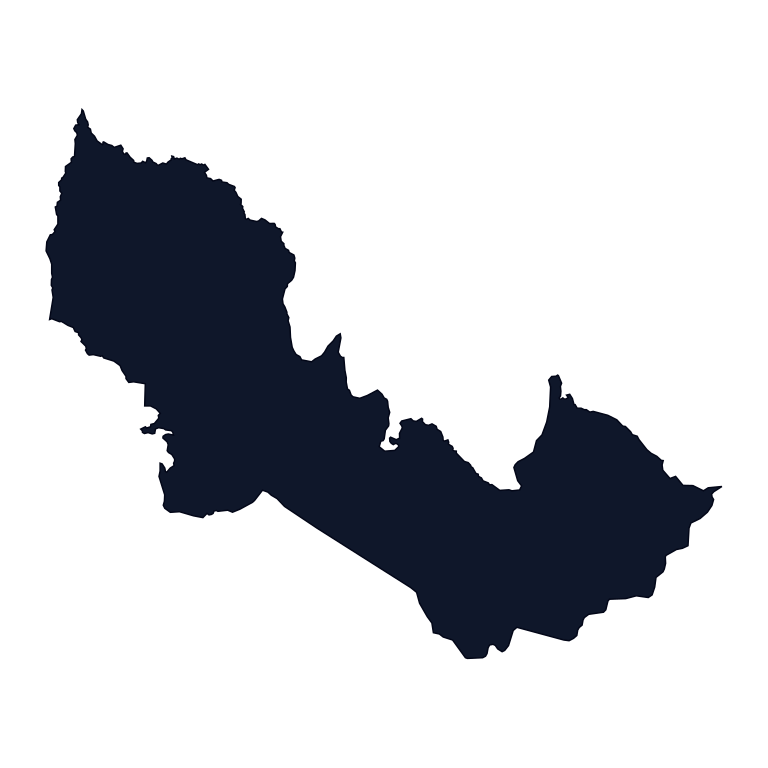 Motanasela, Berea, Lesotho (Mercator projection)
{"feature_id": "5366337B76858512274815", "entity_name": "Motanasela", "entity_type": "district", "adm_level": 2, "iso_a3": "LSO", "parent_name": "Lesotho", "parent_adm1": "Berea", "projection": "mercator", "projection_center": [27.805, -29.252], "detail": "fine", "context": "isolated", "style": "filled", "palette": "ink", "viewbox_px": 768, "rotation_deg": 0, "n_neighbors": 0, "source": "geoboundaries", "source_scale": "gbopen_adm2", "svg_char_len": 6055}
<svg xmlns="http://www.w3.org/2000/svg" viewBox="0 0 768 768"><path d="M489.6,645.0L493.0,644.3L495.3,645.4L497.7,648.9L502.1,651.7L504.7,650.4L508.5,645.6L513.2,630.5L516.9,627.3L563.8,640.0L569.1,640.7L573.6,638.3L576.8,635.5L577.7,630.1L579.2,627.5L582.1,625.1L583.0,620.1L584.3,617.6L588.7,614.3L603.5,612.2L605.8,609.8L607.9,601.1L609.4,599.2L625.7,598.6L636.3,595.8L648.3,597.5L652.1,594.9L654.7,587.1L656.0,577.4L663.0,571.8L664.3,569.0L665.6,563.4L665.3,556.9L666.0,555.4L676.4,549.5L682.4,548.3L688.0,545.7L689.0,528.2L690.9,523.0L700.1,518.5L707.4,512.2L711.9,505.5L713.6,499.5L712.1,497.1L711.6,494.1L713.8,491.7L721.9,486.5L708.2,487.8L703.5,490.8L692.9,485.6L683.0,485.4L675.6,476.4L670.0,478.5L662.8,470.2L662.1,464.9L663.2,460.6L661.3,460.4L656.8,456.3L651.1,453.3L646.9,449.7L638.9,439.5L637.2,436.2L632.3,434.7L630.6,431.7L625.4,426.5L622.7,426.1L616.8,419.8L607.8,415.3L593.2,411.4L589.8,412.1L586.4,409.7L584.3,409.7L581.1,408.2L577.2,408.2L575.1,404.6L574.0,404.6L572.4,398.5L569.7,394.3L566.5,395.1L568.3,397.6L565.8,399.0L564.6,399.2L562.8,397.9L561.0,399.2L559.7,399.1L559.2,397.9L560.5,396.0L560.9,391.3L560.4,386.3L561.6,383.2L558.4,375.6L557.6,375.1L556.1,376.2L551.7,376.5L548.7,380.1L550.6,387.0L549.7,406.9L546.7,422.0L542.0,434.9L536.5,440.6L533.5,452.0L524.5,458.4L518.1,461.7L515.2,464.7L513.9,467.5L517.7,480.7L521.6,485.9L519.6,490.0L511.9,490.8L509.0,489.8L499.8,490.4L491.9,484.6L489.5,484.8L488.3,482.9L483.1,480.9L481.4,477.9L478.5,476.4L478.2,474.2L475.9,473.4L472.7,467.7L471.2,466.9L470.6,465.2L468.2,462.6L464.4,461.5L456.3,453.1L456.3,451.1L453.9,450.9L452.6,449.8L453.1,448.3L452.2,446.4L448.4,444.2L448.7,442.2L447.9,439.9L444.3,441.2L443.1,440.1L442.9,437.0L440.7,431.5L437.1,429.3L436.2,426.3L432.0,423.9L428.6,425.3L425.4,424.7L422.4,421.6L422.6,419.1L421.6,418.3L416.3,421.4L413.2,420.9L410.9,418.7L401.7,421.0L400.0,423.3L401.8,426.0L402.3,427.9L399.5,433.4L399.6,438.1L396.3,439.7L390.6,437.2L389.6,438.2L389.9,441.5L391.3,443.3L393.3,444.6L395.2,443.5L396.9,443.7L398.7,445.3L398.6,446.7L394.8,450.4L384.7,451.2L379.2,446.7L380.8,441.2L383.1,440.6L384.2,438.8L385.4,430.2L388.6,425.9L388.9,423.7L388.2,417.8L389.7,412.3L388.2,407.4L387.6,401.3L386.7,399.3L384.2,398.0L382.0,394.2L377.5,390.1L367.3,395.5L359.8,398.3L353.0,396.8L351.1,395.0L349.4,390.3L347.5,389.0L346.2,382.1L346.3,377.8L344.9,370.4L343.8,357.5L342.3,357.5L340.4,356.2L338.2,352.2L340.9,337.9L340.2,333.8L336.4,336.1L333.2,340.9L328.0,346.1L324.6,352.1L321.6,355.8L315.2,359.0L311.6,361.8L301.6,359.9L299.9,356.6L296.1,354.5L293.9,351.0L292.2,347.3L290.5,337.4L290.0,327.0L288.1,320.8L288.8,317.6L286.9,313.9L286.9,312.2L284.9,307.0L283.0,303.8L282.4,299.0L285.0,288.9L287.3,286.5L287.5,283.7L291.6,280.3L293.5,277.3L295.0,270.6L295.4,262.8L294.3,260.9L294.8,258.1L293.9,255.0L289.2,252.5L288.5,250.3L285.1,248.4L283.8,245.2L283.9,243.7L281.2,241.2L280.5,236.7L282.7,232.2L281.5,232.0L279.9,228.7L278.4,228.7L275.6,226.9L275.1,224.4L274.2,223.4L269.5,223.5L265.0,219.9L261.5,218.4L258.6,221.0L256.6,221.5L250.1,220.1L248.2,218.4L246.4,219.4L245.3,218.5L244.9,214.4L243.8,213.1L244.3,211.9L242.5,208.3L242.8,206.6L240.5,204.2L241.1,203.4L241.2,199.2L237.8,196.5L235.9,192.3L234.2,190.3L235.1,187.6L234.4,186.5L228.6,184.3L227.0,182.7L222.0,182.0L221.5,180.3L219.1,179.4L213.0,181.0L210.6,178.6L206.9,177.9L206.4,175.3L204.5,172.3L208.5,169.3L204.9,164.4L203.5,165.1L201.6,164.0L200.1,164.7L198.7,163.9L197.5,164.7L186.0,159.8L184.9,157.8L182.0,158.8L180.3,158.3L179.2,159.3L176.9,158.1L174.4,159.0L173.6,156.6L171.8,156.1L172.2,158.0L171.2,158.8L171.1,160.0L168.1,162.0L166.4,164.1L162.8,163.0L158.6,165.2L157.4,165.1L156.2,163.6L152.9,162.0L152.0,160.3L149.1,157.7L147.3,158.0L146.7,161.0L145.6,162.8L142.7,161.3L141.1,163.0L137.1,163.4L134.0,162.3L133.6,160.4L130.1,157.2L127.0,152.9L126.0,153.0L125.6,154.3L123.6,153.8L122.4,151.4L123.1,148.8L120.8,145.2L114.2,147.4L111.8,145.5L108.0,144.5L103.7,141.9L103.0,142.2L102.9,144.4L102.3,144.7L97.1,140.9L94.5,136.2L91.2,133.0L90.4,129.1L87.7,127.3L88.2,124.8L87.6,121.9L85.7,119.2L83.3,111.0L82.0,109.6L81.4,113.8L77.3,119.7L77.7,122.5L78.9,124.7L75.7,125.1L73.8,128.6L74.9,130.9L76.7,132.6L77.4,135.2L74.9,139.5L75.3,143.6L74.5,156.5L72.7,157.0L71.1,158.8L71.4,162.3L65.5,166.5L65.3,171.5L65.8,173.0L63.0,177.3L61.7,178.1L61.5,179.9L58.7,182.5L58.7,185.4L59.9,187.0L59.9,191.0L61.8,193.2L60.3,196.7L60.6,200.2L57.4,202.3L57.0,206.1L55.3,207.0L56.6,214.5L57.9,216.0L57.9,224.1L54.2,229.7L55.0,231.6L52.4,234.5L50.3,234.8L46.8,241.9L46.1,250.9L49.9,258.7L51.7,264.2L51.7,273.4L52.5,277.2L51.5,279.5L51.3,285.3L52.8,287.9L52.0,289.9L53.2,297.4L49.6,319.5L51.8,318.7L59.5,321.7L61.4,321.4L68.0,325.4L73.3,327.5L75.1,331.5L78.6,332.7L78.6,334.9L81.1,337.7L81.9,339.7L81.0,341.5L85.8,346.2L86.3,348.7L85.5,350.1L87.4,353.6L89.1,355.1L93.3,354.6L100.7,356.3L102.3,355.7L103.7,357.9L113.9,361.1L120.1,365.6L122.1,370.6L126.0,376.3L126.0,378.6L128.8,382.4L133.6,381.8L145.3,383.7L144.7,405.9L150.5,405.9L156.3,408.9L160.3,413.4L158.3,415.4L158.8,418.2L154.4,423.5L150.9,424.4L150.5,426.8L146.6,428.0L145.4,426.8L140.7,429.1L142.3,430.7L142.5,432.4L144.4,433.5L148.1,432.6L152.2,433.9L154.7,433.3L155.5,428.9L158.6,427.7L163.9,428.6L165.6,429.9L171.5,430.7L172.8,432.3L173.5,435.1L168.3,434.0L165.5,434.6L163.1,436.3L162.9,438.0L167.2,441.9L168.2,444.7L167.2,450.7L168.5,452.5L171.8,454.5L174.6,458.9L174.6,461.1L173.6,463.2L174.1,465.6L170.2,468.1L166.7,472.3L165.4,471.4L164.8,468.1L162.1,463.9L160.1,463.2L160.1,471.0L159.0,476.4L164.7,494.8L164.4,501.3L163.3,505.2L164.8,508.3L170.3,512.3L179.5,511.7L193.5,515.8L202.9,517.6L207.0,513.4L209.0,514.9L211.5,514.4L213.1,513.4L214.0,511.0L216.3,510.5L217.9,511.3L227.7,510.2L232.5,512.2L239.9,509.2L252.5,502.3L254.5,500.5L262.5,490.2L267.9,492.1L271.3,495.2L277.1,498.6L284.5,506.4L317.4,528.4L410.6,587.5L416.6,592.3L419.6,603.3L427.3,616.7L431.9,623.0L433.4,632.7L439.4,634.0L443.2,637.0L452.6,640.0L465.4,657.7L467.4,658.4L482.7,657.7L485.5,656.2L487.0,653.6L488.1,647.8L489.6,645.0Z" fill="#0f172a" stroke="#020617" stroke-width="1.5"/></svg>